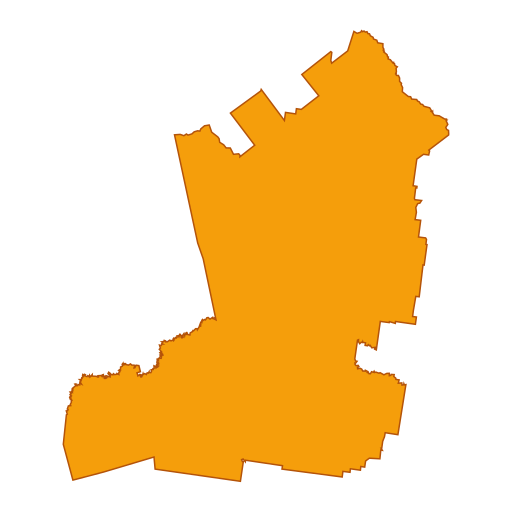 outline of Lachlan, New South Wales, Australia
{"feature_id": "25037944B93105500759341", "entity_name": "Lachlan", "entity_type": "district", "adm_level": 2, "iso_a3": "AUS", "parent_name": "Australia", "parent_adm1": "New South Wales", "projection": "mercator", "projection_center": [147.012, -32.8], "detail": "fine", "context": "isolated", "style": "filled", "palette": "amber", "viewbox_px": 512, "rotation_deg": 0, "n_neighbors": 0, "source": "geoboundaries", "source_scale": "gbopen_adm2", "svg_char_len": 6009}
<svg xmlns="http://www.w3.org/2000/svg" viewBox="0 0 512 512"><path d="M379.9,458.8L380.8,450.0L382.3,450.3L381.2,448.4L381.7,448.5L382.7,441.3L384.5,436.7L385.2,432.7L397.9,434.7L405.9,384.6L404.4,384.9L403.9,383.7L403.7,384.8L402.0,385.1L401.8,382.9L398.3,383.2L399.1,379.9L395.9,379.4L395.8,378.2L393.8,376.5L394.2,374.6L391.1,374.4L390.7,375.4L389.3,375.7L389.2,373.3L386.8,373.4L383.9,374.8L380.1,372.7L379.0,373.2L375.9,372.1L374.7,372.5L374.1,371.2L373.4,372.3L371.6,371.7L370.4,373.7L369.0,373.7L368.2,372.1L366.8,372.9L367.7,371.5L365.4,370.3L365.3,371.1L362.7,371.0L361.7,369.1L360.1,368.3L357.6,368.8L357.5,367.4L358.9,366.6L358.2,365.4L356.1,365.6L355.1,364.6L355.0,363.1L355.5,363.3L357.0,361.3L355.6,361.0L354.8,358.9L357.5,340.1L358.5,339.7L358.4,341.5L359.7,343.7L361.3,342.2L362.4,342.5L362.7,341.7L362.9,342.4L365.5,342.8L365.1,345.4L367.6,345.8L368.3,344.6L369.7,345.8L370.2,345.4L371.8,347.8L375.6,347.3L375.9,348.0L374.9,347.9L374.6,349.1L376.3,349.9L380.3,321.4L389.2,322.6L389.4,321.6L395.3,323.4L395.5,321.5L415.4,324.3L416.4,317.0L412.6,316.5L413.4,310.4L415.8,296.4L419.2,296.8L423.0,264.9L424.2,265.1L427.0,244.6L425.9,244.4L426.5,239.4L425.6,237.9L418.5,237.0L420.7,220.3L415.1,219.6L416.4,212.3L415.8,207.4L417.7,203.6L419.9,203.1L421.6,200.5L414.9,199.7L414.4,198.5L415.7,187.9L416.8,188.0L417.0,186.4L413.1,185.7L416.8,159.1L423.5,154.3L428.7,155.0L429.6,151.0L428.8,150.1L448.6,135.0L448.7,133.9L448.5,130.4L446.7,129.5L445.8,127.4L447.8,124.4L446.2,120.9L446.8,120.2L446.2,120.2L446.4,119.1L444.6,119.0L439.2,115.8L434.2,115.2L432.7,113.0L432.6,111.4L432.1,112.0L431.2,111.5L431.7,111.1L429.7,107.8L424.0,106.3L422.6,104.5L420.7,104.1L419.1,101.7L417.6,101.1L416.7,99.5L411.7,99.1L410.6,96.7L408.3,96.5L402.3,91.7L402.6,87.6L401.2,84.7L401.5,83.3L399.6,81.4L399.6,78.0L398.4,75.5L396.6,75.4L396.0,74.6L396.2,73.5L395.7,73.5L396.4,71.7L396.1,68.2L397.3,66.8L394.9,65.5L394.5,63.6L393.8,63.5L393.6,62.5L393.0,63.0L390.3,59.7L388.1,58.9L388.4,57.0L387.5,56.7L387.1,54.7L383.7,51.9L384.3,51.1L383.2,50.1L383.9,49.2L382.9,47.4L382.9,43.7L377.7,42.8L376.8,40.2L373.5,39.0L373.1,37.3L370.4,35.8L369.5,33.8L367.9,33.6L367.0,31.7L365.3,32.1L364.0,31.0L362.7,31.7L361.6,30.7L360.7,32.2L357.0,33.3L353.9,31.4L347.7,50.9L331.7,63.2L330.8,60.6L331.8,52.4L330.8,51.6L301.8,74.5L318.8,95.8L301.3,109.4L296.4,108.7L295.7,113.9L285.5,112.4L284.4,120.5L261.2,89.4L260.7,91.0L230.4,113.1L254.7,145.2L239.9,156.8L240.0,155.4L238.7,153.8L233.5,154.3L230.3,148.0L226.1,147.9L223.7,144.8L219.7,142.3L219.1,138.7L217.8,136.9L211.7,132.2L209.2,125.0L204.5,125.8L200.8,128.9L199.9,131.1L197.6,130.8L194.2,131.8L191.9,133.9L188.0,135.1L186.4,134.0L183.9,135.7L180.2,134.4L174.5,134.8L197.7,243.0L203.2,258.8L216.0,319.9L213.6,318.7L214.2,317.9L212.7,318.3L212.6,317.4L210.0,319.1L208.1,317.5L206.8,317.8L205.5,319.9L204.6,319.5L203.2,320.4L202.6,319.7L202.3,320.7L201.9,319.6L201.7,322.6L200.8,322.2L199.6,325.5L200.7,324.9L200.6,326.2L199.6,326.2L197.4,329.7L197.2,328.7L195.6,328.7L193.6,330.8L193.0,330.5L192.3,331.7L190.2,332.9L189.9,335.0L186.7,334.2L187.3,333.2L186.8,332.5L185.8,333.1L186.2,334.4L185.0,334.3L184.7,335.7L184.0,333.5L182.7,335.3L183.1,336.1L182.3,336.6L182.9,337.5L181.9,337.9L181.2,337.2L181.6,335.5L180.5,335.6L180.3,334.4L179.7,334.3L178.9,336.8L178.2,335.7L176.8,336.0L177.0,337.3L176.4,338.0L175.5,337.5L174.7,338.7L173.7,338.1L173.2,338.9L173.8,339.9L174.3,339.6L173.5,340.8L172.7,340.1L171.0,340.9L169.8,340.1L167.3,341.8L165.7,341.8L165.6,340.9L164.2,340.4L163.9,341.5L161.8,341.8L162.6,342.3L161.8,343.6L162.8,344.1L161.9,344.2L161.2,345.5L159.5,345.1L160.4,348.1L159.3,349.3L161.7,352.0L161.5,353.0L160.7,352.0L159.8,352.7L161.0,354.1L162.5,354.0L162.9,355.1L161.7,355.3L161.5,356.6L160.9,355.0L160.0,355.1L160.5,356.0L159.6,357.6L160.2,358.3L158.6,358.4L158.5,359.7L158.0,358.9L157.1,359.2L158.1,360.8L157.1,360.9L156.9,362.5L157.5,363.2L158.5,362.7L158.8,363.9L157.5,365.0L156.9,364.1L156.6,364.6L157.1,365.7L158.5,366.1L157.7,367.0L156.5,366.3L156.7,367.4L156.0,368.0L155.5,366.5L154.0,365.8L154.1,368.3L153.0,368.6L153.2,369.5L151.1,369.8L151.5,371.5L150.8,372.7L149.2,372.5L149.1,371.7L148.3,373.1L147.2,372.8L146.3,374.5L144.8,373.6L143.4,374.3L143.1,373.5L142.7,374.9L141.0,374.9L142.1,375.9L141.6,376.9L140.7,376.9L139.9,374.9L140.6,374.7L139.8,374.4L137.9,375.9L137.0,372.8L140.4,371.7L138.9,365.6L136.1,365.2L134.8,367.8L134.0,367.9L134.8,365.6L134.4,365.2L131.8,365.1L130.5,363.9L128.5,365.1L125.8,364.5L125.6,363.6L124.5,363.6L125.0,364.5L123.6,364.9L123.8,364.0L122.9,364.3L122.9,363.4L122.2,364.3L122.7,364.8L122.3,366.2L120.6,367.0L120.5,369.4L119.6,369.7L120.2,370.3L118.8,370.7L119.9,371.7L118.6,373.0L118.8,374.5L116.9,373.6L116.9,374.2L114.7,374.6L113.4,373.7L113.0,374.8L110.0,374.5L110.5,373.6L108.7,372.2L108.0,373.6L110.2,375.7L110.2,376.9L107.3,376.1L107.8,376.8L106.3,377.2L106.6,377.9L105.8,378.4L104.8,378.4L105.3,376.9L104.5,377.2L105.3,376.0L103.1,376.4L103.3,374.6L102.3,374.9L101.9,376.3L101.3,375.5L98.0,375.7L98.4,377.0L97.9,377.1L96.3,376.3L92.1,376.1L92.2,374.6L90.0,377.0L89.5,375.3L88.9,376.6L87.8,375.7L87.0,376.6L84.4,375.7L85.3,374.7L84.4,374.3L83.8,375.2L82.8,374.5L82.5,376.0L83.1,376.6L82.2,378.1L81.7,377.9L81.4,379.6L79.6,379.6L81.0,380.9L80.0,381.8L81.4,384.0L79.8,383.2L79.7,384.9L78.0,384.5L77.6,385.6L76.6,385.7L76.0,383.9L74.9,384.1L75.9,385.5L72.4,388.4L72.9,388.9L72.2,389.4L72.8,390.2L72.0,390.8L72.4,391.5L71.6,391.6L72.1,392.5L70.2,392.2L71.1,393.7L70.1,394.4L71.5,395.9L71.0,396.5L69.7,395.9L70.7,397.1L69.7,397.5L70.3,399.2L71.0,398.9L71.9,400.4L71.2,400.8L71.4,402.2L70.2,404.6L70.7,405.6L68.4,405.9L67.3,409.0L68.1,409.5L67.6,410.7L66.3,410.9L67.3,414.2L66.4,414.8L63.3,444.3L72.9,480.1L103.7,472.0L154.0,457.0L155.1,469.1L240.4,481.3L243.3,461.7L242.4,461.6L241.6,459.6L243.1,459.0L245.3,461.8L245.5,460.2L282.5,465.7L282.0,469.1L342.2,477.0L342.9,471.4L350.0,472.3L350.4,468.8L360.4,470.2L360.8,466.5L364.7,467.1L365.6,461.0L369.3,458.2L379.9,458.8Z" fill="#f59e0b" stroke="#b45309" stroke-width="1.5"/></svg>